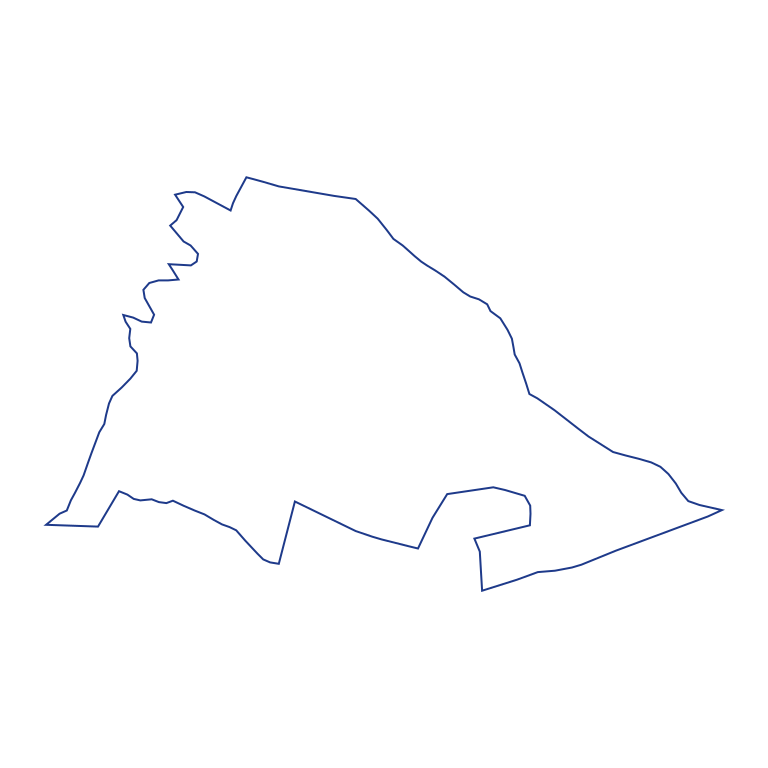 Dagoretti, Nairobi, Kenya (orthographic projection)
{"feature_id": "3690345B98870582025559", "entity_name": "Dagoretti", "entity_type": "district", "adm_level": 2, "iso_a3": "KEN", "parent_name": "Kenya", "parent_adm1": "Nairobi", "projection": "orthographic", "projection_center": [36.712, -1.281], "detail": "fine", "context": "isolated", "style": "outline", "palette": "blue", "viewbox_px": 768, "rotation_deg": 0, "n_neighbors": 0, "source": "geoboundaries", "source_scale": "gbopen_adm2", "svg_char_len": 1868}
<svg xmlns="http://www.w3.org/2000/svg" viewBox="0 0 768 768"><path d="M377.7,218.7L369.0,210.6L355.7,199.0L334.1,195.9L278.8,186.4L263.1,181.8L253.6,179.2L246.4,177.3L236.3,196.0L233.0,203.2L230.6,210.5L204.3,196.4L195.0,192.3L186.3,192.0L175.1,194.7L179.5,201.4L183.2,207.0L176.6,220.1L170.2,225.6L183.6,241.5L190.6,245.5L198.0,253.9L196.7,261.5L190.9,265.4L181.8,264.9L168.8,264.2L172.7,270.2L178.5,279.5L168.1,280.4L158.6,280.4L149.3,283.0L143.4,289.8L144.7,298.0L154.1,314.7L151.0,322.5L141.7,321.6L133.2,317.6L123.3,315.0L125.6,321.7L130.3,328.9L129.2,338.2L130.4,346.4L136.9,353.4L137.6,360.8L136.7,370.8L130.3,378.7L121.7,387.5L112.4,395.9L109.0,403.5L106.1,414.9L104.3,424.0L99.3,432.2L91.4,453.3L88.1,462.5L83.6,475.4L80.1,482.9L74.9,493.0L70.9,500.3L66.8,510.5L59.6,513.7L46.1,524.8L98.0,526.6L119.0,491.2L127.4,494.6L133.7,498.9L140.3,500.4L151.7,499.3L158.9,502.1L166.4,503.1L172.9,500.7L183.5,505.7L194.6,510.5L204.5,514.4L214.1,520.1L222.0,524.4L229.6,527.1L236.2,530.3L245.4,540.8L257.5,553.7L263.2,559.4L270.1,562.4L278.8,563.8L294.9,501.5L355.8,531.1L372.3,536.7L381.5,539.4L408.5,546.2L418.0,548.5L432.5,517.8L447.2,494.1L493.3,487.3L505.0,490.0L524.7,495.8L530.2,505.6L530.5,513.8L529.9,525.3L474.4,538.6L479.8,551.6L482.1,590.7L517.0,579.7L537.8,572.1L555.0,570.7L572.0,567.5L581.4,564.7L615.8,550.7L707.8,516.5L721.9,510.1L699.5,505.0L688.3,501.1L681.3,492.8L675.8,483.5L668.4,474.0L660.4,466.8L651.2,462.4L638.8,458.8L625.7,455.5L613.0,452.0L588.5,436.5L577.9,428.4L554.5,410.2L537.3,398.3L529.4,394.0L526.2,383.7L522.4,372.4L519.5,363.3L514.7,354.5L513.5,347.4L511.9,338.7L507.5,329.8L500.3,318.3L490.5,311.1L487.2,304.3L478.9,299.3L470.2,296.5L463.3,292.3L453.5,284.0L444.7,276.8L435.1,270.4L427.2,265.6L421.2,261.6L414.6,256.1L408.8,250.9L402.7,245.5L393.4,238.9L386.8,230.1L377.7,218.7Z" fill="none" stroke="#1e3a8a" stroke-width="2"/></svg>